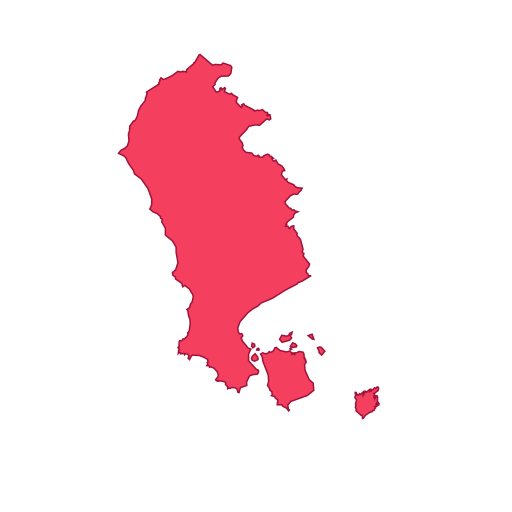 Bangka Selatan, Bangka-Belitung, Indonesia (Natural Earth projection), rotated 42°
{"feature_id": "22746128B19321376976921", "entity_name": "Bangka Selatan", "entity_type": "district", "adm_level": 2, "iso_a3": "IDN", "parent_name": "Indonesia", "parent_adm1": "Bangka-Belitung", "projection": "natural_earth1", "projection_center": [106.566, -2.786], "detail": "fine", "context": "isolated", "style": "filled", "palette": "rose", "viewbox_px": 512, "rotation_deg": 42, "n_neighbors": 0, "source": "geoboundaries", "source_scale": "gbopen_adm2", "svg_char_len": 6139}
<svg xmlns="http://www.w3.org/2000/svg" viewBox="0 0 512 512"><g transform="rotate(42 256 256)"><path d="M310.1,233.7L308.3,235.6L306.0,234.4L304.5,234.7L302.6,232.7L302.3,228.7L301.2,226.1L291.1,224.5L290.0,222.1L287.9,222.4L286.3,219.4L277.9,213.9L272.6,213.3L271.4,211.6L266.1,210.6L263.8,208.3L262.3,210.6L262.6,212.9L261.9,213.4L259.8,212.5L258.1,214.0L257.8,212.1L256.9,212.2L256.6,208.9L257.8,202.0L256.5,200.3L256.2,198.0L257.5,195.1L254.6,196.5L253.3,196.3L252.2,197.7L249.5,197.5L248.5,198.2L243.1,197.5L241.2,196.5L241.2,188.5L242.8,184.3L244.8,183.3L245.6,181.5L245.2,179.7L245.6,177.4L244.9,174.7L241.0,177.6L238.4,178.2L236.5,177.8L230.5,179.8L227.9,179.4L227.4,178.1L226.5,179.7L220.5,178.6L218.8,175.3L220.2,173.3L218.6,172.5L214.8,171.8L210.6,172.8L206.5,171.4L205.9,173.5L205.1,173.8L202.6,173.0L203.5,171.8L200.7,171.7L200.0,172.5L197.5,172.0L196.3,172.8L194.8,176.1L194.7,178.2L192.3,180.5L191.1,179.5L190.1,179.7L189.8,181.4L188.6,182.1L186.7,182.8L184.0,182.3L179.1,185.7L175.5,185.6L173.0,184.4L172.5,182.7L170.0,181.1L164.8,180.1L164.1,178.3L164.4,168.1L163.8,164.5L168.1,158.6L171.2,156.5L172.2,146.9L174.8,146.0L175.2,144.2L171.9,141.7L171.0,142.3L171.0,144.0L170.0,144.1L169.2,142.0L168.2,141.8L167.0,142.9L162.8,142.9L161.5,145.5L159.6,146.5L157.8,149.4L156.8,148.9L146.5,151.6L145.0,151.1L144.2,153.1L145.7,154.0L145.7,155.4L139.1,155.1L137.7,154.1L136.2,150.5L130.8,151.7L128.8,151.5L128.4,153.3L122.5,155.0L121.3,152.0L120.1,151.8L119.3,155.2L117.6,154.4L117.0,155.5L118.7,157.8L116.8,160.8L110.5,159.2L110.8,155.9L109.9,155.3L109.0,151.2L108.9,148.4L109.8,145.7L114.9,140.9L115.3,139.4L115.0,136.9L111.7,131.9L109.7,131.5L102.5,134.6L102.1,137.5L97.9,140.5L95.9,143.3L79.6,143.7L79.2,145.0L81.1,153.3L80.5,153.8L81.0,154.9L79.8,163.3L80.1,164.6L81.3,165.7L78.2,167.5L78.5,167.8L76.4,170.0L74.4,171.0L73.1,177.7L70.4,184.7L68.9,186.9L66.2,187.1L66.6,189.8L67.4,189.9L67.9,192.3L68.9,193.2L64.9,207.5L66.6,208.4L68.6,213.4L69.7,214.3L70.1,221.6L71.2,226.1L74.2,231.4L75.2,234.9L75.5,236.8L74.6,237.6L75.3,243.9L78.2,247.6L79.6,250.8L84.5,255.4L86.7,260.0L86.4,263.8L84.9,267.8L85.1,271.7L90.7,270.0L93.6,270.1L99.4,272.5L107.6,274.4L110.9,276.3L119.2,275.5L130.7,278.2L140.6,283.5L144.2,287.8L145.7,292.2L149.9,292.1L154.2,290.6L158.6,290.6L159.7,291.7L161.7,291.5L163.3,293.8L170.1,296.0L174.6,301.1L183.8,300.7L190.6,302.8L194.5,307.0L202.5,313.2L205.5,320.0L205.0,324.2L207.1,325.9L210.4,325.7L211.5,326.9L219.1,326.0L222.2,327.9L222.8,325.5L228.5,325.1L235.0,327.1L236.8,328.5L239.2,332.7L239.7,336.1L241.2,338.8L240.4,342.0L241.6,342.0L246.0,345.6L249.1,347.1L252.5,350.4L256.2,355.9L256.9,357.8L256.5,358.6L258.2,360.2L258.5,362.9L258.2,365.7L257.2,366.4L257.6,368.6L256.0,369.8L256.1,370.9L259.5,375.0L259.6,375.6L259.2,375.8L259.2,376.2L261.9,376.9L261.6,377.9L263.5,380.5L263.6,378.9L264.8,378.6L265.4,379.2L267.7,376.6L269.0,377.2L268.8,375.8L271.0,374.7L273.1,375.0L273.8,377.3L275.9,377.5L274.8,373.1L275.9,371.5L280.6,367.8L285.8,365.9L289.1,365.3L290.4,366.2L291.3,366.9L291.0,367.7L292.3,368.4L292.8,370.4L294.3,369.0L295.9,369.7L296.2,368.9L299.7,367.5L304.3,367.9L307.5,369.5L308.6,371.5L308.7,374.8L309.2,375.1L310.6,375.0L311.3,373.9L311.6,374.4L313.4,372.3L317.1,370.4L318.4,370.5L319.2,371.8L322.4,372.2L323.8,373.6L324.4,372.0L325.4,371.7L325.7,370.4L328.5,367.9L330.8,367.5L333.8,369.4L334.8,368.9L332.5,364.3L335.8,358.4L333.3,355.9L331.4,349.4L332.9,346.5L336.2,342.7L335.3,340.1L334.1,339.3L332.0,340.0L320.5,338.8L316.0,333.7L314.5,328.6L312.0,329.7L302.9,328.3L299.7,326.7L299.7,324.3L298.2,323.3L296.9,323.5L296.3,324.9L293.4,324.2L290.5,321.5L288.1,315.5L287.9,303.9L288.9,297.6L290.9,292.0L291.2,287.6L296.5,276.3L300.6,261.7L305.3,249.3L305.1,247.9L307.2,243.5L310.1,233.7ZM355.3,296.0L351.9,298.2L350.8,301.0L349.4,302.3L350.3,302.1L350.6,303.5L349.0,303.3L348.2,305.1L347.6,304.0L344.6,304.1L342.9,306.9L337.2,310.1L332.2,310.4L331.5,311.7L332.4,314.6L331.8,316.9L330.7,318.3L329.8,318.2L329.8,320.8L327.6,322.9L325.9,323.3L325.0,325.8L327.9,326.7L331.9,329.8L344.9,336.4L349.3,340.8L351.2,344.5L354.7,345.3L355.8,346.4L358.7,346.3L360.9,348.3L360.9,349.5L363.7,348.0L365.8,348.7L368.4,348.3L371.3,352.4L374.7,349.3L376.6,349.7L380.6,348.6L383.9,349.3L383.9,348.1L382.6,348.2L379.4,345.6L379.2,340.7L387.5,325.3L388.8,317.1L383.5,312.2L378.3,312.3L368.7,308.0L364.7,304.1L364.4,301.2L363.5,301.2L362.8,300.1L362.0,300.5L361.0,299.3L360.5,299.8L356.7,296.4L355.3,296.0ZM435.5,272.1L434.3,271.7L433.6,272.4L433.5,274.3L432.3,274.6L432.3,277.0L431.6,277.9L432.1,280.2L431.3,278.2L431.1,280.3L430.2,278.4L429.7,279.1L429.3,283.0L428.0,283.2L429.0,288.1L428.2,287.3L427.7,284.7L426.8,284.2L426.2,289.1L425.1,289.0L425.2,291.2L424.2,291.1L423.3,293.1L424.2,295.1L427.0,295.6L429.2,299.7L430.3,300.2L431.1,302.0L433.1,302.8L433.8,304.1L440.5,304.1L441.6,303.4L443.9,305.5L444.3,304.8L443.9,300.8L445.3,295.6L446.5,294.2L446.1,292.8L447.1,291.8L446.3,289.6L446.6,288.9L445.9,288.0L445.2,288.2L446.4,286.6L445.5,284.8L444.7,284.8L444.6,285.8L444.1,285.4L444.0,283.4L440.9,279.6L439.5,278.9L439.1,279.8L439.7,282.3L438.6,281.1L438.5,282.2L437.9,282.0L437.5,280.5L438.4,280.4L438.2,279.8L437.3,280.6L436.4,279.2L435.7,279.4L436.8,274.3L435.5,272.1ZM334.8,290.2L333.8,288.4L332.8,290.8L333.4,293.6L332.1,295.3L328.2,297.6L329.3,302.2L333.2,302.6L337.3,296.2L337.4,293.2L334.9,292.3L334.8,290.2ZM370.9,280.7L365.4,280.2L363.9,281.3L363.1,283.2L366.2,284.3L367.5,285.6L371.1,285.7L370.9,280.7ZM324.7,329.9L320.7,329.2L320.4,333.2L321.3,335.2L323.1,336.0L325.3,335.1L326.7,332.0L326.5,331.1L324.7,329.9ZM344.0,295.0L341.3,296.0L342.0,300.1L344.2,299.6L346.7,296.7L346.4,295.3L344.0,295.0ZM354.8,279.2L350.0,276.6L348.0,280.3L353.5,280.0L354.8,279.2ZM313.9,322.5L311.5,323.3L313.1,325.9L315.1,326.3L315.6,323.9L313.9,322.5ZM320.8,323.3L319.6,322.9L318.9,324.2L319.4,325.4L321.2,324.3L320.8,323.3ZM344.3,302.7L344.8,301.4L343.2,301.5L343.3,302.3L344.3,302.7ZM446.2,283.4L445.1,283.1L445.3,284.0L446.3,285.1L447.0,284.7L446.2,283.4ZM421.9,290.4L421.0,290.9L421.8,292.0L422.5,291.6L422.2,292.5L422.9,291.1L422.6,291.5L421.9,290.4Z" fill="#f43f5e" stroke="#9f1239" stroke-width="1.5"/></g></svg>